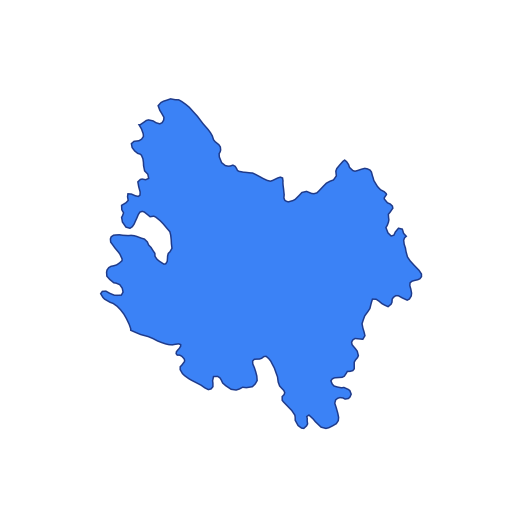 Smalyavichy, Minsk, Belarus, rotated 226°
{"feature_id": "67162791B46914171064537", "entity_name": "Smalyavichy", "entity_type": "district", "adm_level": 2, "iso_a3": "BLR", "parent_name": "Belarus", "parent_adm1": "Minsk", "projection": "equal_earth", "projection_center": [28.153, 53.988], "detail": "fine", "context": "isolated", "style": "filled", "palette": "blue", "viewbox_px": 512, "rotation_deg": 226, "n_neighbors": 0, "source": "geoboundaries", "source_scale": "gbopen_adm2", "svg_char_len": 5629}
<svg xmlns="http://www.w3.org/2000/svg" viewBox="0 0 512 512"><g transform="rotate(226 256 256)"><path d="M289.6,114.3L284.0,116.6L279.6,118.5L272.9,122.5L268.3,124.5L263.2,126.2L259.3,128.0L255.6,129.9L252.7,131.8L250.2,134.1L248.7,136.4L246.6,139.3L244.6,140.3L243.5,139.2L242.8,136.5L242.7,134.4L242.4,132.2L241.2,130.7L239.4,130.5L237.6,132.3L235.2,133.0L232.0,132.9L230.4,132.1L229.7,131.1L229.0,126.5L229.0,124.6L226.9,122.5L222.5,121.4L219.6,121.5L214.6,122.4L211.7,123.2L206.4,125.0L201.4,126.7L196.7,127.6L193.0,128.9L191.6,131.3L191.9,134.2L194.5,136.7L196.4,138.1L198.8,141.7L196.0,144.8L193.4,145.4L191.0,144.9L187.8,143.8L183.8,144.1L177.4,145.5L173.4,148.6L171.9,151.6L170.9,155.2L168.0,157.6L166.3,160.0L164.5,162.6L164.5,166.5L165.6,170.3L169.1,173.2L173.0,175.4L176.7,177.2L180.6,178.7L182.8,180.6L182.9,183.0L181.6,184.6L179.5,186.9L178.5,189.0L178.2,191.8L176.8,193.6L173.4,193.9L170.2,193.6L166.9,192.6L162.7,191.4L159.0,189.7L154.1,187.5L149.9,184.4L146.1,182.7L143.0,182.6L140.0,182.6L137.8,181.8L136.8,180.0L136.7,177.2L134.0,174.6L131.8,174.4L127.8,174.4L122.8,174.4L120.0,174.4L114.5,173.4L112.7,172.1L110.6,170.1L104.8,168.5L100.6,169.2L98.8,170.6L98.7,174.4L99.4,176.5L101.9,178.3L103.5,180.0L105.3,181.0L104.8,183.6L99.1,183.9L95.6,183.6L87.7,183.9L83.4,186.5L81.9,189.1L80.6,193.2L79.8,196.6L79.6,197.2L80.4,200.8L82.5,203.3L86.1,205.6L91.1,208.3L95.4,210.4L97.2,213.4L96.9,215.9L95.9,218.0L93.6,219.9L91.2,220.7L89.3,223.5L89.3,225.7L90.5,228.5L94.0,230.0L95.9,229.7L100.4,227.9L101.7,226.0L105.1,223.6L108.3,221.8L111.0,221.9L114.2,223.2L114.6,225.6L113.8,227.9L111.7,230.4L108.9,233.7L108.2,236.0L108.9,239.3L109.5,241.5L107.7,243.5L106.3,246.0L106.6,248.3L108.9,250.5L111.4,252.9L112.1,255.3L112.4,258.4L113.2,260.4L117.2,262.7L120.3,263.1L123.3,263.3L125.5,263.5L127.6,264.9L128.4,267.3L127.9,269.9L125.0,272.4L121.9,275.0L123.0,279.0L126.2,280.9L129.9,282.8L133.6,285.2L135.5,288.7L137.4,292.6L138.3,297.8L139.1,301.4L142.1,306.2L144.1,309.8L141.4,312.4L138.2,313.1L134.3,313.5L131.4,314.4L127.8,315.8L127.5,319.7L128.3,321.7L130.4,324.0L130.8,326.2L130.4,328.9L128.6,330.8L124.3,332.1L119.2,334.1L118.5,336.5L119.4,339.9L121.2,342.1L124.7,344.4L127.9,346.1L129.7,348.2L129.5,350.7L128.3,353.0L126.5,356.0L125.8,358.1L126.2,360.7L128.1,362.5L132.4,363.3L139.8,363.3L145.6,363.5L150.1,364.3L155.0,367.0L157.9,369.0L161.6,370.8L164.8,373.2L165.9,375.6L165.8,377.8L169.8,377.9L171.5,378.8L173.7,379.9L177.0,377.8L176.5,373.0L175.2,369.6L176.5,367.1L181.0,367.0L186.2,369.2L186.9,371.8L188.3,374.7L189.7,376.7L191.6,378.1L194.1,380.2L194.4,383.1L195.0,385.8L195.3,387.6L197.2,388.8L200.1,388.7L203.0,387.5L207.9,387.9L208.7,388.6L209.2,390.7L209.6,392.6L210.4,393.0L213.2,392.9L215.6,392.1L217.1,391.6L219.6,391.6L221.9,391.7L228.5,393.2L230.8,394.5L232.5,395.3L236.3,397.4L238.6,397.7L241.4,396.6L243.5,395.1L245.2,392.1L247.0,388.3L248.2,386.1L250.2,385.0L254.8,384.8L257.5,386.1L260.9,386.7L263.4,386.4L263.7,384.3L263.3,379.2L262.8,374.9L261.6,372.4L257.8,369.4L256.9,364.6L258.4,361.1L259.5,357.2L259.4,352.9L259.1,346.5L259.1,343.6L260.6,340.9L262.4,339.4L265.2,338.2L267.4,337.2L269.8,333.1L269.6,329.8L269.5,323.5L270.2,321.1L272.5,316.8L274.2,315.9L276.0,315.4L278.4,316.4L280.5,318.8L282.7,320.5L285.1,322.4L288.2,324.7L290.2,326.4L291.3,327.6L293.7,329.3L295.8,328.3L297.0,325.9L297.8,323.5L298.7,320.7L299.8,318.3L302.7,316.5L306.9,314.9L309.9,314.0L314.8,312.4L318.0,311.2L319.9,309.5L323.2,306.8L325.2,305.0L326.6,304.1L328.8,302.5L330.5,302.1L332.5,302.8L335.0,303.3L337.4,302.5L338.6,300.0L339.9,298.4L342.4,296.7L347.0,296.1L352.7,298.4L355.2,300.5L355.9,302.7L356.8,304.2L359.2,306.1L361.9,306.6L364.1,306.3L366.7,306.0L369.1,306.2L372.8,308.0L376.4,308.9L380.2,309.4L388.2,309.8L397.1,310.9L403.7,311.1L409.4,311.3L413.9,310.8L418.7,309.9L422.0,308.9L424.6,306.4L428.4,303.7L429.9,300.4L431.6,297.0L432.4,294.3L432.1,290.0L427.6,288.0L424.4,287.3L419.7,286.1L417.9,284.0L417.1,281.1L417.9,278.6L421.2,276.7L424.7,275.8L428.6,273.2L429.7,271.2L430.1,268.3L430.9,263.7L431.6,263.0L427.0,261.9L422.3,259.8L420.2,258.1L419.5,254.9L420.2,251.9L422.0,249.5L423.2,247.9L423.4,244.4L420.0,242.2L415.9,241.7L412.0,242.2L409.8,243.4L408.1,243.6L404.5,242.2L401.6,240.1L399.1,237.9L394.6,235.0L390.0,235.0L386.4,232.7L387.5,229.6L390.4,227.6L391.4,226.0L391.4,222.5L387.4,219.8L382.5,217.1L380.4,214.9L380.6,212.7L383.2,211.0L387.1,209.4L389.7,207.1L387.9,204.8L384.8,202.7L384.6,199.6L385.4,196.2L385.8,194.5L382.5,191.6L379.0,190.7L377.5,187.5L377.2,186.2L373.2,183.5L367.1,182.5L363.5,184.6L363.0,187.4L363.6,190.4L364.9,193.6L366.0,196.5L367.6,200.2L368.2,203.0L367.1,205.2L365.2,206.2L360.6,206.8L357.8,207.1L355.7,210.1L353.7,210.9L348.0,211.6L343.5,211.6L338.0,211.2L333.3,210.9L330.2,209.1L326.6,206.3L323.5,203.6L319.9,200.9L318.8,197.1L318.8,194.7L317.4,192.4L315.9,190.8L313.8,188.4L313.1,185.6L314.1,184.1L319.1,182.9L322.3,182.5L325.9,183.1L328.2,185.1L331.2,185.6L335.0,186.4L338.5,186.4L341.6,187.6L345.7,187.5L348.3,186.0L353.1,183.7L355.3,182.4L357.6,180.5L359.4,178.3L363.4,174.6L366.1,172.5L368.4,169.9L369.9,168.0L370.4,165.2L369.4,163.1L366.9,161.1L363.8,160.7L359.7,160.1L354.1,159.7L351.9,159.4L346.8,157.6L345.7,156.3L345.8,153.1L346.4,149.6L347.9,146.7L349.3,144.5L349.9,142.0L349.4,139.1L348.1,137.2L345.1,134.7L340.7,134.5L335.5,135.1L333.7,136.5L330.0,138.1L325.7,137.4L322.4,135.3L321.4,131.9L324.0,129.0L326.1,126.9L330.7,124.9L335.0,123.6L337.3,120.9L336.8,118.1L332.5,117.1L330.2,117.1L324.0,118.9L321.1,120.3L316.3,121.2L311.3,121.2L306.0,120.6L300.9,119.3L294.9,117.3L290.8,115.4L289.6,114.3Z" fill="#3b82f6" stroke="#1e3a8a" stroke-width="1.5"/></g></svg>